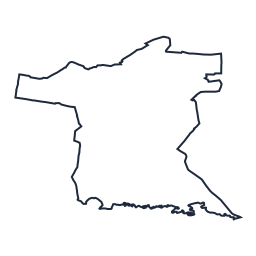 Audriņu pag., Rezeknes, Latvia
{"feature_id": "27541924B86594333268472", "entity_name": "Audriņu pag.", "entity_type": "district", "adm_level": 2, "iso_a3": "LVA", "parent_name": "Latvia", "parent_adm1": "Rezeknes", "projection": "equal_earth", "projection_center": [27.249, 56.587], "detail": "fine", "context": "isolated", "style": "outline", "palette": "slate", "viewbox_px": 256, "rotation_deg": 0, "n_neighbors": 0, "source": "geoboundaries", "source_scale": "gbopen_adm2", "svg_char_len": 5801}
<svg xmlns="http://www.w3.org/2000/svg" viewBox="0 0 256 256"><path d="M233.8,219.3L234.0,219.0L240.6,217.3L239.8,216.8L234.3,214.8L232.8,214.0L232.0,213.5L220.9,200.1L216.3,196.1L211.9,192.6L209.9,190.6L205.9,185.4L202.2,180.0L201.5,179.2L200.1,178.2L189.4,170.7L188.4,169.9L187.7,168.8L185.0,161.8L185.0,161.1L186.4,157.0L186.4,156.2L185.8,154.7L185.0,153.8L180.2,151.0L177.4,149.0L184.5,140.9L188.3,135.9L189.1,135.0L189.9,133.6L192.6,131.2L194.3,129.1L194.0,128.8L194.0,128.6L196.4,126.8L199.4,123.4L198.5,120.2L197.2,111.8L196.8,110.1L196.6,108.4L196.4,107.2L196.4,106.1L196.0,103.9L195.9,102.2L194.1,99.9L192.8,100.4L191.5,99.8L194.0,97.3L195.7,96.0L195.5,95.9L196.6,94.8L200.7,92.0L204.6,91.7L215.6,91.7L219.2,91.0L219.7,89.5L220.9,87.0L221.6,84.0L220.2,81.4L219.4,80.3L208.6,81.8L208.2,80.7L208.3,80.5L207.5,79.5L206.9,79.4L204.9,78.2L206.0,77.6L206.5,77.0L206.7,76.6L206.3,75.6L206.3,74.4L211.7,74.5L213.8,74.6L214.6,74.2L214.7,73.6L215.2,73.4L221.2,73.4L221.3,64.9L221.5,63.3L221.4,59.8L221.2,56.0L221.2,55.7L221.0,53.6L211.1,54.7L203.5,54.5L197.5,53.9L192.4,53.5L189.2,53.5L182.2,51.7L181.3,52.8L166.1,51.7L165.9,51.5L166.1,50.4L170.3,45.2L169.8,39.2L169.7,38.9L169.1,38.3L168.2,37.7L163.5,36.7L153.5,39.7L145.5,43.5L147.8,45.1L141.6,48.9L136.9,50.0L135.0,51.6L129.9,55.1L123.5,58.9L122.5,59.7L121.8,60.5L122.4,61.2L122.4,61.6L122.2,61.9L120.0,62.6L120.9,64.1L121.0,64.3L114.7,64.5L110.8,66.1L103.2,65.0L102.1,65.0L101.1,65.3L97.5,65.4L96.1,67.1L95.0,67.0L93.5,67.1L91.3,68.1L89.5,68.5L88.9,69.2L88.4,69.4L84.9,68.2L83.8,67.0L83.8,66.6L83.4,66.2L78.5,64.5L74.2,62.6L72.6,62.1L71.3,62.0L70.1,62.3L69.0,63.1L65.9,67.1L65.8,67.5L64.6,67.6L62.8,69.0L61.0,70.0L57.6,72.3L52.1,75.1L47.0,78.1L43.3,77.8L42.2,78.5L39.3,78.8L30.5,77.3L30.5,77.1L29.8,76.4L28.7,75.8L26.5,75.6L23.3,74.9L19.3,74.4L18.9,77.2L17.9,82.4L18.1,83.6L16.2,90.3L16.5,91.0L16.2,91.9L15.8,94.9L15.8,95.1L15.4,97.6L26.0,99.1L33.4,100.5L34.0,100.4L42.2,101.7L45.7,102.1L55.0,103.7L55.8,103.1L59.3,103.1L61.3,104.5L65.8,105.7L70.4,106.7L74.7,107.1L77.2,115.7L76.9,116.1L77.5,117.6L78.3,120.5L78.9,123.5L79.8,124.3L81.3,126.4L75.2,131.1L74.2,140.6L77.7,141.9L79.6,142.8L80.1,145.2L80.1,145.8L79.6,148.6L79.3,152.9L78.6,155.6L78.5,156.7L78.1,161.4L77.6,164.4L77.4,167.0L75.3,170.4L74.3,172.5L71.8,176.9L73.2,179.9L75.1,182.7L76.2,185.6L76.5,187.2L76.6,188.9L77.0,190.2L77.1,192.4L77.9,196.6L78.3,198.3L77.6,199.7L78.2,200.3L80.7,201.1L81.2,201.5L82.7,203.3L83.5,203.9L86.0,203.8L86.2,203.3L86.1,201.9L87.7,200.1L88.2,199.8L89.2,198.8L92.1,197.8L92.9,197.9L94.1,198.3L95.3,197.8L96.6,198.3L98.2,199.3L101.1,201.7L101.6,202.3L102.4,204.4L102.6,205.0L102.5,205.3L101.1,206.7L100.5,207.1L99.5,208.6L99.9,208.9L102.0,208.5L103.7,208.4L105.6,208.5L107.5,209.0L110.9,209.0L111.7,208.4L111.8,207.2L112.6,205.9L113.1,204.3L113.3,204.2L114.4,204.1L115.6,204.3L116.6,204.8L117.9,204.7L119.1,205.0L120.2,205.1L121.2,204.7L123.1,204.5L123.3,204.2L123.6,203.2L123.9,202.9L124.3,202.8L125.3,203.0L125.8,203.3L125.8,203.5L124.7,205.1L124.6,205.5L124.9,205.9L125.5,205.7L127.0,204.2L127.4,203.6L128.2,203.6L129.0,203.9L129.3,204.2L129.1,204.6L128.5,204.9L128.4,205.5L128.6,205.6L129.6,205.6L130.6,204.7L131.2,204.7L131.4,204.8L131.6,205.1L131.4,205.7L131.5,206.0L132.2,206.4L132.6,206.1L132.8,205.6L133.0,204.4L133.5,204.4L134.0,205.0L134.8,205.4L135.0,205.8L135.1,206.4L135.8,207.3L136.2,207.3L137.4,206.4L138.3,205.9L138.7,205.8L139.2,205.9L140.5,206.8L142.3,207.2L142.7,207.4L143.0,207.9L143.5,208.1L144.2,208.1L145.5,207.7L145.4,207.5L143.9,207.5L143.3,207.2L143.1,207.0L143.0,206.4L143.2,206.2L144.3,206.2L145.3,205.8L145.9,206.0L146.2,206.7L146.7,206.7L147.0,206.6L147.5,205.5L147.7,205.3L148.6,205.1L148.8,205.2L148.9,206.0L149.4,207.2L150.5,208.0L150.8,208.5L151.1,208.7L151.8,208.5L151.7,208.4L151.8,207.7L154.2,207.7L154.2,207.4L153.6,207.3L153.3,207.1L153.2,207.0L153.4,206.8L153.9,206.8L154.3,207.3L154.9,207.5L156.0,207.0L156.1,206.7L156.2,206.3L156.6,206.2L158.0,206.8L158.8,206.1L159.4,205.8L160.6,205.9L161.4,205.6L161.8,206.2L161.7,206.6L160.7,206.6L160.0,207.1L161.1,207.6L161.6,207.7L162.3,207.3L163.1,206.6L164.6,206.1L165.4,206.1L166.7,206.8L167.4,206.7L167.9,206.4L167.9,206.2L167.4,205.8L167.3,205.6L167.4,205.3L167.7,205.2L168.6,205.3L169.1,205.7L169.7,205.9L170.8,205.5L171.6,205.5L172.8,206.1L173.9,206.3L175.1,206.9L176.1,207.2L177.5,207.1L178.3,207.6L178.8,208.3L178.7,208.6L178.2,208.8L177.6,208.7L176.3,208.1L175.5,208.2L173.6,210.2L172.0,211.5L171.9,211.9L172.0,212.5L172.3,212.7L173.4,212.7L174.6,212.0L175.9,211.7L176.7,211.8L177.0,212.9L177.7,212.9L181.2,211.8L181.9,211.2L181.9,210.6L182.4,210.4L183.1,210.7L183.6,211.3L183.7,211.8L183.2,212.3L183.1,212.7L183.4,213.0L184.0,213.3L185.4,213.3L188.3,212.3L192.0,213.1L192.3,213.4L192.1,213.7L188.5,213.8L187.9,214.0L187.7,214.4L188.2,215.0L188.9,215.3L191.4,215.3L193.5,214.8L194.3,214.4L194.3,214.1L193.7,213.4L193.7,213.0L193.8,211.7L193.7,211.0L193.4,210.8L191.1,210.5L190.2,210.1L189.9,209.6L190.0,209.2L190.5,209.0L191.9,209.1L192.3,208.6L192.3,208.3L192.0,207.8L191.4,207.3L190.1,206.5L188.7,205.9L188.4,205.4L188.5,205.2L190.4,204.4L195.3,203.1L196.6,203.0L197.2,202.7L198.4,202.7L199.7,203.4L200.4,203.6L201.2,203.4L202.9,202.6L203.7,202.6L203.9,202.8L204.1,203.4L204.1,205.0L201.7,206.2L201.2,206.7L201.2,207.1L201.6,207.6L202.4,208.0L205.1,207.6L206.0,207.7L206.0,208.2L205.6,209.2L205.7,209.6L207.1,211.2L207.9,211.8L210.2,212.6L210.9,212.7L211.7,212.5L214.7,213.0L217.2,214.4L219.5,214.2L219.9,214.3L220.8,215.4L221.9,215.7L224.4,215.8L224.7,215.4L224.3,214.6L224.4,214.1L224.8,213.9L225.2,213.9L225.7,214.2L226.4,215.2L227.0,215.6L227.6,215.7L229.3,215.6L229.8,215.8L230.0,215.9L230.1,216.5L230.2,216.9L230.7,217.1L231.9,217.3L233.6,217.2L233.9,217.4L234.2,217.9L234.1,218.3L233.6,219.1L233.8,219.3Z" fill="none" stroke="#1e293b" stroke-width="2"/></svg>